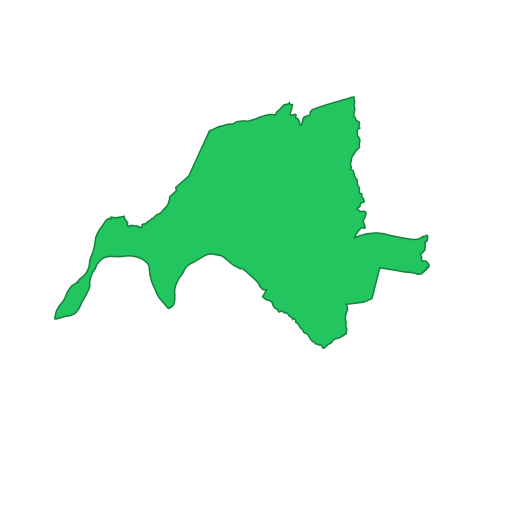 outline of Samborondon, Guayas, Ecuador, rotated 43°
{"feature_id": "8360857B50799900166454", "entity_name": "Samborondon", "entity_type": "district", "adm_level": 2, "iso_a3": "ECU", "parent_name": "Ecuador", "parent_adm1": "Guayas", "projection": "robinson", "projection_center": [-79.798, -2.011], "detail": "fine", "context": "isolated", "style": "filled", "palette": "green", "viewbox_px": 512, "rotation_deg": 43, "n_neighbors": 0, "source": "geoboundaries", "source_scale": "gbopen_adm2", "svg_char_len": 6130}
<svg xmlns="http://www.w3.org/2000/svg" viewBox="0 0 512 512"><g transform="rotate(43 256 256)"><path d="M389.8,147.0L389.7,145.7L388.8,144.7L387.5,144.2L384.8,143.8L383.2,144.2L381.0,146.2L380.1,146.5L378.1,144.1L375.4,142.4L375.2,141.8L375.5,140.4L375.5,137.0L375.3,136.4L373.4,133.7L370.0,130.3L370.6,129.5L370.7,128.7L370.6,128.0L369.8,126.4L369.1,125.6L368.0,124.6L367.9,124.3L366.8,124.3L365.6,127.5L365.1,128.1L364.7,127.9L364.2,130.5L363.0,133.4L360.4,136.1L358.0,138.0L351.0,142.7L339.0,150.1L334.2,152.6L329.6,155.9L327.8,157.5L321.7,164.4L318.1,170.4L315.7,175.3L314.5,172.1L313.9,169.5L314.1,169.2L313.8,168.2L313.8,164.4L314.1,162.8L314.4,162.4L316.4,162.0L316.5,160.9L316.3,160.5L315.7,160.2L311.1,157.9L310.4,156.9L309.4,153.6L307.5,149.9L306.1,149.0L305.1,149.2L304.1,149.9L302.0,152.4L297.6,152.6L297.4,151.9L298.3,149.3L297.9,148.4L296.7,146.7L296.6,145.6L298.1,143.2L298.1,142.5L297.7,142.2L295.5,140.8L292.9,140.5L290.9,138.4L290.2,138.5L289.2,139.4L288.5,139.4L287.8,138.9L287.0,137.6L285.4,135.9L283.9,135.2L281.4,134.7L278.8,132.0L277.4,131.1L275.9,131.1L273.5,130.5L271.4,128.7L268.8,127.4L265.9,128.0L264.9,125.7L262.7,124.6L261.9,123.7L261.0,121.9L258.8,118.5L257.4,111.1L257.4,109.5L257.7,107.7L257.6,106.1L257.4,105.6L255.2,103.9L253.7,101.3L253.1,100.6L251.4,99.5L249.9,99.0L248.9,99.0L248.1,98.7L246.8,97.5L246.1,96.6L244.7,95.7L244.3,95.1L244.3,93.3L244.8,91.8L243.8,91.3L243.2,91.5L242.7,91.4L242.4,90.3L241.4,88.5L240.0,87.7L239.7,87.7L239.6,88.1L239.0,88.2L237.4,88.2L236.8,88.5L236.1,88.4L235.8,88.0L234.4,87.2L232.0,86.8L230.0,84.4L228.5,81.5L224.3,78.4L223.7,76.7L222.7,75.8L222.4,75.2L221.9,75.1L220.1,74.0L219.3,72.9L217.8,74.5L214.3,81.1L213.9,81.1L210.9,86.5L206.9,93.0L203.0,99.8L197.3,110.7L197.3,111.2L197.7,112.0L197.4,113.7L198.1,114.4L198.8,114.9L199.1,116.2L198.9,117.2L198.2,118.1L197.9,118.9L197.4,119.3L197.0,120.5L196.4,121.2L196.4,121.7L196.7,122.5L196.7,123.6L198.4,125.7L198.8,127.2L199.5,128.4L199.7,129.4L199.0,129.9L199.0,130.1L198.2,130.0L197.8,129.7L196.5,128.1L194.3,127.6L193.0,127.0L192.3,127.1L191.4,127.9L190.6,127.8L190.0,127.3L189.3,125.6L188.5,125.3L187.8,125.8L187.1,127.2L185.9,128.7L185.4,129.1L184.8,129.1L183.9,128.4L182.9,127.1L181.7,124.0L180.4,122.4L180.0,120.8L179.8,120.6L179.0,120.6L177.8,121.9L177.1,121.8L175.9,121.1L176.0,122.2L175.8,122.9L174.0,125.4L173.3,126.7L173.4,133.3L173.0,136.1L173.0,137.1L174.2,139.6L171.4,141.4L169.3,143.4L167.0,146.8L164.5,151.0L161.7,157.0L158.4,162.6L157.8,163.4L155.0,165.4L151.2,169.8L149.9,172.0L149.5,174.7L145.7,178.8L144.4,180.7L142.8,183.5L140.8,186.3L139.6,189.2L137.6,194.5L137.0,195.5L136.5,195.8L151.9,242.2L152.3,243.7L150.6,260.7L153.2,262.5L152.6,271.7L154.2,273.7L156.5,278.6L156.7,279.4L156.8,287.7L157.0,288.1L156.8,290.1L156.0,291.5L155.7,292.9L155.1,294.3L155.3,298.3L154.4,299.6L154.5,301.0L154.2,303.0L153.4,304.7L153.3,307.9L152.3,308.8L151.6,310.1L151.5,311.0L151.8,311.1L152.4,311.8L152.6,313.2L151.9,313.7L151.7,314.5L149.9,314.5L149.0,315.0L148.8,315.5L148.0,315.4L147.3,316.1L147.0,316.9L146.5,317.3L145.9,317.2L144.8,318.1L144.7,318.4L143.7,318.6L143.3,319.6L143.6,320.3L143.5,320.8L142.2,321.0L141.4,321.7L139.1,318.9L137.8,319.1L136.6,318.6L134.6,318.5L133.8,317.7L132.4,316.9L132.0,317.7L127.7,323.3L123.3,326.7L124.5,327.4L122.7,329.2L122.3,330.3L122.1,331.4L122.2,334.0L122.8,336.6L123.6,343.6L124.9,348.6L126.2,351.8L130.3,357.7L132.3,360.9L133.9,364.0L135.5,368.2L137.5,372.6L140.4,376.5L141.2,377.9L142.5,380.8L142.6,381.9L143.2,383.1L143.5,385.0L143.5,387.6L143.3,390.3L142.8,394.1L143.0,396.3L143.1,396.7L143.5,396.8L144.6,396.3L143.8,397.0L143.0,397.2L142.9,398.5L141.7,403.1L141.8,405.1L142.3,409.5L142.8,411.5L144.8,416.7L145.8,420.6L146.2,427.2L147.5,432.3L151.1,438.7L151.8,439.1L152.2,439.0L152.8,438.4L158.0,429.9L160.8,426.3L162.8,421.8L162.9,419.7L162.4,415.5L162.0,413.8L160.0,407.8L158.5,401.0L157.5,398.0L156.6,394.6L155.2,391.8L154.4,390.7L152.3,388.7L150.0,385.1L148.1,380.6L147.6,378.5L147.1,375.3L146.7,373.6L145.9,372.2L145.3,370.4L145.2,364.0L145.9,361.3L147.1,358.9L149.5,355.8L157.1,349.2L161.5,344.0L163.9,341.6L169.3,338.1L172.1,336.8L172.9,336.8L174.0,336.1L175.6,335.7L180.0,335.3L181.9,335.4L184.8,336.5L191.4,342.2L198.0,346.3L210.9,351.8L213.8,352.6L223.4,353.7L225.5,354.1L227.2,354.1L228.0,353.7L228.4,352.8L229.1,350.4L229.0,348.7L228.6,346.9L227.1,344.3L225.4,342.2L223.0,339.7L220.7,337.5L219.0,335.3L217.4,332.5L215.1,326.1L214.0,317.7L212.9,314.4L212.6,312.0L212.5,310.0L213.3,306.4L214.2,304.2L215.4,300.5L218.4,290.1L220.2,286.9L222.1,284.8L229.4,280.1L230.3,279.3L231.1,279.4L234.0,278.7L235.9,278.8L238.5,278.4L242.1,278.5L246.9,277.9L248.4,277.2L252.8,276.2L254.9,274.5L257.5,274.1L273.4,273.9L276.6,274.4L280.1,275.7L282.9,275.9L284.2,275.7L285.2,275.1L285.2,274.8L286.1,274.3L286.7,273.5L287.5,276.8L288.1,278.3L288.2,279.8L288.5,281.1L288.8,281.0L289.5,281.4L293.5,281.0L295.9,279.5L298.4,278.8L299.4,279.0L302.4,280.6L305.2,281.2L306.1,281.2L307.5,280.6L308.7,280.5L309.9,281.2L310.7,281.3L311.4,280.9L311.8,279.4L313.1,278.5L313.6,278.3L315.3,278.4L316.7,277.1L317.6,276.7L319.3,276.7L321.4,277.2L323.3,276.7L325.3,276.9L326.3,277.3L326.4,275.6L326.7,275.4L328.6,275.7L330.2,277.4L332.0,277.0L333.1,277.0L334.9,277.4L337.2,278.4L339.2,278.1L340.6,278.2L343.2,279.3L345.1,278.9L346.2,278.0L346.9,278.0L352.2,279.5L355.1,280.0L356.6,279.5L360.0,279.5L360.6,278.8L362.7,278.2L364.3,276.8L366.0,277.1L367.9,277.8L368.2,277.4L368.7,276.3L368.8,275.3L369.0,273.5L368.9,271.7L369.9,269.4L370.2,268.0L370.0,265.9L370.0,264.0L370.7,262.4L372.8,259.0L373.7,255.7L374.1,255.1L374.4,252.8L374.9,251.4L373.4,249.3L372.5,247.7L369.2,245.8L367.1,243.0L366.3,242.7L364.4,241.2L361.8,238.1L360.5,235.0L360.0,234.3L359.6,232.7L358.6,232.3L357.8,231.2L357.1,230.8L356.7,230.8L356.2,230.3L354.9,229.9L366.2,216.4L369.8,208.0L357.0,184.6L354.8,180.1L367.1,171.7L376.1,166.0L379.5,163.2L384.6,159.8L385.4,159.4L386.6,159.4L387.1,158.4L388.7,157.1L389.3,155.8L389.4,153.0L389.8,152.5L389.2,151.4L389.8,150.5L389.9,149.6L389.6,148.9L388.7,148.5L388.5,148.2L388.6,147.9L389.6,147.5L389.8,147.0Z" fill="#22c55e" stroke="#15803d" stroke-width="1.5"/></g></svg>